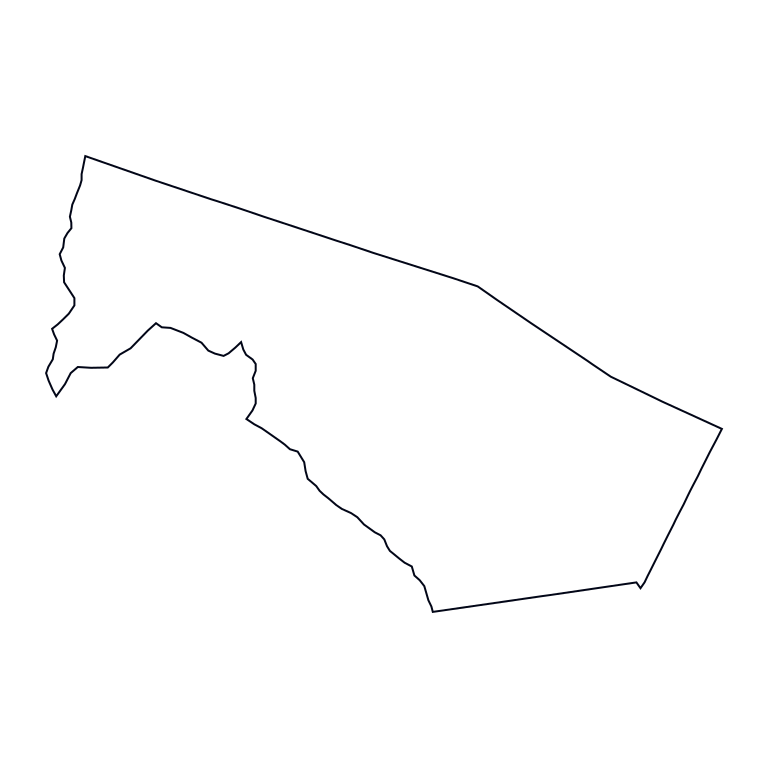 São José da Tapera, Alagoas, Brazil
{"feature_id": "56859067B81495136309648", "entity_name": "São José da Tapera", "entity_type": "district", "adm_level": 2, "iso_a3": "BRA", "parent_name": "Brazil", "parent_adm1": "Alagoas", "projection": "albers", "projection_center": [-37.538, -9.529], "detail": "fine", "context": "isolated", "style": "outline", "palette": "ink", "viewbox_px": 768, "rotation_deg": 0, "n_neighbors": 0, "source": "geoboundaries", "source_scale": "gbopen_adm2", "svg_char_len": 1849}
<svg xmlns="http://www.w3.org/2000/svg" viewBox="0 0 768 768"><path d="M477.7,286.4L452.9,278.1L447.5,276.4L373.0,252.8L349.9,245.0L336.5,240.7L303.3,229.7L264.4,216.9L240.0,208.6L216.7,201.0L210.9,199.2L155.4,180.6L85.3,156.1L84.1,162.0L83.0,167.6L81.6,174.1L81.6,180.1L80.1,185.4L76.9,193.3L74.8,198.9L72.3,204.6L71.3,210.2L69.9,216.7L71.3,222.6L71.4,228.2L67.5,233.0L64.3,238.5L63.2,247.4L59.7,254.2L61.4,260.5L64.9,267.9L63.8,275.5L64.1,282.3L69.4,290.4L74.4,298.1L74.4,305.4L68.8,313.7L62.5,319.9L57.7,324.4L52.1,328.8L54.1,334.4L57.1,340.6L55.8,347.2L53.6,353.7L52.8,359.3L48.4,366.7L46.1,373.1L48.6,380.6L52.5,389.5L56.2,396.3L65.0,384.1L70.7,373.1L77.8,367.0L91.0,367.8L107.8,367.5L112.8,362.5L119.7,354.6L130.6,348.3L147.8,330.6L156.0,323.2L161.8,327.3L170.5,327.9L183.4,332.9L191.8,337.6L201.5,342.7L208.3,350.6L214.9,353.6L223.6,355.9L228.6,353.3L235.3,347.6L241.1,342.1L243.3,349.5L246.1,354.8L252.6,359.5L255.7,364.0L255.7,370.8L252.8,378.2L254.3,384.7L254.3,390.8L255.7,398.0L255.7,403.5L252.5,410.4L246.4,419.0L254.3,424.3L261.6,428.2L280.2,441.2L284.9,444.7L289.9,449.2L297.7,451.6L304.2,462.2L305.6,471.1L307.7,478.8L316.2,486.0L319.6,490.8L323.4,494.4L328.4,498.3L336.3,505.1L341.8,508.9L350.9,513.0L357.3,517.2L364.0,524.5L374.8,532.3L380.6,535.3L384.3,539.4L387.0,546.2L389.9,550.9L399.2,558.5L404.6,562.7L411.8,566.5L414.4,575.5L419.7,580.2L424.3,586.1L428.4,600.3L431.4,606.5L432.8,611.9L541.6,596.2L550.3,595.0L636.4,582.4L640.5,588.2L644.6,582.3L647.7,575.8L650.4,570.5L655.0,561.3L661.2,549.0L663.8,543.6L667.9,535.4L673.4,524.6L675.7,519.7L679.8,511.7L683.6,504.5L687.8,495.7L690.3,490.6L693.2,485.0L697.9,476.1L701.4,468.8L705.9,459.9L709.6,452.5L716.6,439.3L721.9,428.9L662.0,401.5L656.9,399.0L610.8,376.7L592.4,364.3L587.4,360.8L531.1,323.2L497.4,300.2L477.7,286.4Z" fill="none" stroke="#020617" stroke-width="2"/></svg>